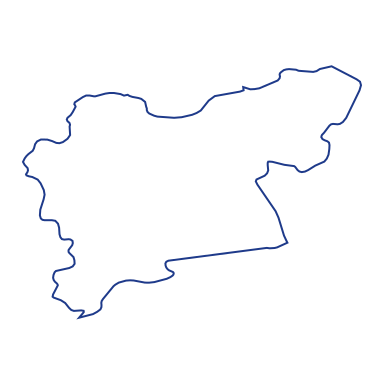 Västmanland, Robinson projection
{"feature_id": "SWE-186", "entity_name": "Västmanland", "entity_type": "County", "adm_level": 1, "iso_a3": "SWE", "parent_name": "Sweden", "parent_adm1": "", "projection": "robinson", "projection_center": [16.24, 59.758], "detail": "fine", "context": "isolated", "style": "outline", "palette": "blue", "viewbox_px": 384, "rotation_deg": 0, "n_neighbors": 0, "source": "natural_earth", "source_scale": "10m", "svg_char_len": 2792}
<svg xmlns="http://www.w3.org/2000/svg" viewBox="0 0 384 384"><path d="M287.4,242.7L277.1,247.4L274.6,248.0L269.7,248.3L266.8,247.9L168.4,260.7L166.4,261.7L166.2,261.9L166.2,262.0L165.4,263.4L165.6,265.6L166.3,267.5L167.6,269.2L169.0,270.3L172.9,272.0L173.5,272.6L173.7,273.5L173.4,274.6L172.6,275.6L170.4,277.1L166.7,278.8L154.3,282.1L148.9,282.7L144.9,282.6L133.7,280.5L130.2,280.3L126.0,280.6L118.8,282.6L115.3,284.7L113.5,286.2L103.0,299.0L101.7,301.0L101.3,302.9L101.5,305.0L101.4,307.2L100.4,309.4L97.2,311.8L93.0,314.1L79.1,317.7L83.0,313.1L83.8,312.0L83.6,310.8L81.2,310.4L73.9,310.9L71.3,310.0L69.0,307.8L65.2,303.0L60.8,300.2L53.7,297.6L52.6,296.7L53.1,294.4L57.8,285.4L57.6,284.5L56.9,283.5L54.9,281.7L53.7,280.0L53.1,277.8L53.5,275.0L54.6,272.3L55.9,271.0L69.3,268.0L72.7,266.4L74.6,263.8L74.4,260.3L73.5,257.1L69.4,253.1L68.6,252.0L68.5,250.7L68.6,250.2L68.7,249.8L72.2,245.2L72.8,243.1L72.5,240.9L70.5,239.5L68.7,239.2L64.2,239.6L61.9,239.1L60.4,237.2L59.5,234.2L59.1,227.7L58.0,223.7L55.3,220.8L51.9,220.2L44.5,220.2L42.4,219.8L40.8,218.4L39.9,215.4L40.3,209.7L43.6,199.4L44.6,194.7L43.8,190.1L40.6,183.3L37.7,179.6L32.3,177.0L28.9,176.3L26.5,175.4L26.0,174.3L27.4,172.2L28.0,170.3L27.6,168.1L24.6,164.8L23.0,161.9L24.7,158.4L26.4,156.1L28.4,154.1L32.7,150.8L34.0,148.3L35.1,144.2L37.1,141.4L41.0,139.5L47.3,139.6L52.2,141.1L56.3,142.9L59.4,143.2L62.9,142.1L67.5,138.8L69.2,136.4L70.1,135.0L69.6,126.4L69.9,125.5L70.0,124.5L69.4,122.8L67.5,121.2L66.8,119.5L67.5,117.8L70.7,115.1L72.7,112.1L75.6,106.7L75.1,105.4L74.3,104.2L74.8,102.4L82.8,97.1L86.2,95.5L89.5,95.5L93.8,96.3L95.4,96.3L105.4,93.6L109.5,93.0L114.0,93.0L120.6,94.1L124.0,95.6L127.7,94.8L129.4,95.9L132.4,96.9L138.4,98.0L141.3,98.9L145.1,101.9L146.2,106.8L146.8,108.4L146.8,110.1L147.5,111.9L149.2,113.5L154.1,115.7L157.4,116.6L174.1,117.8L181.7,117.2L192.1,114.8L196.6,113.0L200.8,110.5L208.7,100.6L214.8,96.1L240.0,91.6L243.6,90.3L243.2,87.1L250.3,89.3L254.5,89.1L259.3,88.3L277.7,80.5L279.6,78.3L280.0,76.3L279.6,74.7L279.9,73.4L281.0,72.2L283.8,70.1L286.3,69.4L289.1,69.1L295.9,69.7L296.6,69.9L297.6,70.4L298.9,70.8L313.2,71.9L316.6,71.1L319.9,69.0L331.6,66.3L356.6,79.3L360.0,81.7L361.0,85.2L359.5,90.4L346.2,117.9L342.9,122.0L339.9,123.9L337.6,124.3L333.0,123.9L331.1,124.3L329.4,125.7L324.0,132.8L322.0,134.9L321.6,135.8L321.3,137.1L322.5,139.1L324.7,140.3L327.4,141.3L329.0,142.6L329.5,145.1L329.3,149.1L328.5,154.7L326.8,158.6L324.3,161.6L315.3,165.6L308.1,170.1L304.9,171.6L301.7,172.1L299.4,171.5L297.6,170.1L295.2,166.9L294.1,166.1L284.3,164.8L272.3,161.8L269.6,161.6L268.2,161.7L267.7,162.9L267.7,165.1L268.2,170.4L267.1,173.3L264.7,175.7L256.5,179.5L255.8,181.4L257.4,184.6L275.6,211.2L278.5,217.7L284.0,235.6L285.7,239.2L285.7,239.3L287.4,242.7Z" fill="none" stroke="#1e3a8a" stroke-width="2"/></svg>